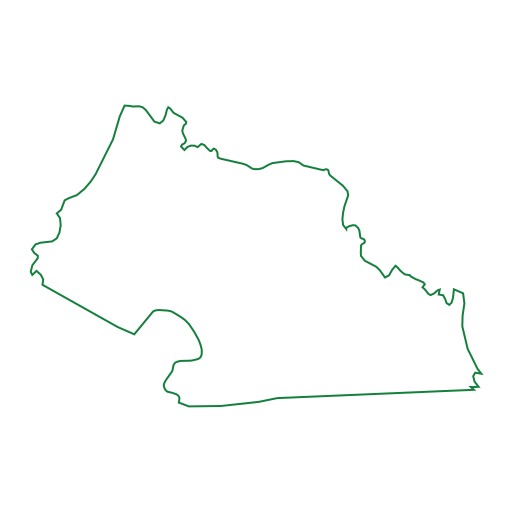 outline of Grand Gedeh
{"feature_id": "LBR-793", "entity_name": "Grand Gedeh", "entity_type": "County", "adm_level": 1, "iso_a3": "LBR", "parent_name": "Liberia", "parent_adm1": "", "projection": "albers", "projection_center": [-8.193, 5.975], "detail": "fine", "context": "isolated", "style": "outline", "palette": "green", "viewbox_px": 512, "rotation_deg": 0, "n_neighbors": 0, "source": "natural_earth", "source_scale": "10m", "svg_char_len": 2777}
<svg xmlns="http://www.w3.org/2000/svg" viewBox="0 0 512 512"><path d="M124.7,105.6L129.6,105.9L132.4,106.5L139.3,106.3L142.7,107.3L145.9,110.1L154.4,121.6L159.8,123.4L163.3,120.5L165.6,115.1L166.9,109.7L168.3,107.3L170.2,108.5L173.5,112.8L182.5,117.7L186.3,122.0L185.9,123.7L183.8,125.5L182.3,130.3L182.8,133.1L185.4,138.4L186.1,140.6L184.6,143.2L182.0,144.7L181.0,146.5L184.4,150.0L187.5,146.9L191.0,145.6L194.6,145.7L197.6,147.1L201.4,143.9L204.4,145.1L207.1,148.2L210.2,151.0L211.6,150.9L212.6,149.5L213.8,148.6L215.9,149.8L217.3,152.1L217.6,154.5L217.6,156.5L218.1,157.7L220.7,158.7L243.1,163.8L246.5,165.0L249.6,166.9L251.6,168.3L254.0,169.1L258.7,169.1L262.6,168.1L269.1,164.5L272.5,163.1L285.9,161.3L293.7,161.1L298.7,162.2L303.4,165.5L322.0,169.9L323.6,170.1L324.8,169.6L326.2,169.2L327.9,169.8L328.4,170.7L329.2,174.1L330.2,175.5L343.0,185.8L347.5,191.3L348.2,195.3L344.4,206.5L343.1,212.6L342.4,219.2L343.1,225.0L346.3,229.1L346.4,227.7L349.2,226.2L352.8,225.2L355.4,225.4L358.2,228.0L359.4,230.7L360.3,237.3L361.2,238.3L362.8,238.8L364.3,239.5L364.9,241.4L364.3,242.9L361.7,244.4L361.0,245.7L360.8,254.0L361.1,256.1L364.9,260.8L376.3,266.8L379.8,270.2L385.0,277.5L389.0,275.4L392.3,269.6L395.5,265.8L397.4,267.3L400.6,271.0L404.8,274.4L409.9,275.2L410.4,276.2L416.3,279.5L417.1,279.6L423.4,282.4L424.8,284.3L422.5,287.3L424.7,289.2L428.5,294.0L430.6,295.1L434.0,293.5L437.5,290.4L439.7,289.6L438.7,294.5L443.2,295.3L445.2,299.1L446.6,303.1L449.3,304.9L451.6,302.6L453.0,297.9L453.9,289.3L463.1,293.3L464.4,303.4L462.6,315.6L462.3,326.3L467.7,349.0L471.5,356.6L477.6,369.0L481.3,373.7L475.2,372.7L473.2,376.2L474.6,381.7L478.6,386.8L472.8,387.1L470.9,387.0L473.9,389.8L277.3,398.1L258.6,401.9L220.7,406.0L188.9,406.4L178.8,402.6L179.3,399.5L179.4,398.4L179.2,397.3L178.7,396.2L177.8,395.2L176.3,394.2L172.2,392.8L167.7,391.8L166.5,391.0L165.4,389.9L164.2,387.5L163.9,386.0L163.8,384.6L164.2,383.4L164.7,382.3L165.9,380.1L172.0,371.5L172.4,370.5L172.7,369.5L173.2,366.4L173.5,365.3L174.0,364.3L174.6,363.3L175.5,362.5L176.6,362.0L177.7,361.6L179.8,361.1L181.1,360.9L190.5,360.7L192.9,360.3L197.8,359.1L198.8,358.6L199.8,357.9L200.6,357.0L201.1,356.1L201.4,355.1L201.7,354.1L201.8,350.9L201.6,348.9L200.5,344.7L198.8,340.2L194.4,332.1L188.9,324.0L184.8,319.9L181.5,317.4L172.6,312.0L170.4,311.1L167.8,310.6L158.6,310.0L155.8,310.4L153.8,311.0L152.8,311.8L134.3,334.3L117.8,327.1L42.5,284.8L43.2,279.5L40.9,274.9L36.5,270.9L32.3,274.9L30.7,271.8L32.4,265.2L37.7,258.3L37.8,255.7L34.2,252.9L31.9,249.3L35.5,244.4L40.6,242.7L52.2,241.4L56.8,238.3L59.4,232.7L60.7,225.2L60.0,218.1L56.8,213.4L61.1,209.8L64.7,200.3L68.9,198.1L76.9,195.1L84.5,188.8L91.0,181.2L95.6,174.2L113.0,139.4L119.8,116.3L124.6,105.6L124.7,105.6Z" fill="none" stroke="#15803d" stroke-width="2"/></svg>